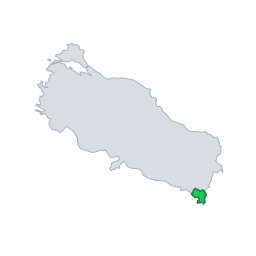 Turkey, with Hakkari highlighted, rotated 31°
{"feature_id": "TUR-3047", "entity_name": "Hakkari", "entity_type": "Province", "adm_level": 1, "iso_a3": "TUR", "parent_name": "Turkey", "parent_adm1": "", "projection": "equal_earth", "projection_center": [44.217, 37.441], "detail": "fine", "context": "in_parent", "style": "filled", "palette": "green", "viewbox_px": 256, "rotation_deg": 31, "n_neighbors": 0, "source": "natural_earth", "source_scale": "10m", "svg_char_len": 5165}
<svg xmlns="http://www.w3.org/2000/svg" viewBox="0 0 256 256"><g transform="rotate(31 128 128)"><path d="M196.5,90.9L199.9,92.1L201.0,91.2L204.0,91.4L206.8,92.0L208.3,90.1L210.3,90.3L210.6,91.3L211.6,91.6L214.4,94.2L214.1,94.5L214.8,95.4L217.2,96.0L217.5,97.3L219.4,99.3L220.3,102.2L219.7,104.3L218.7,105.6L220.2,110.1L219.7,110.7L222.7,112.2L226.5,111.9L227.7,112.6L231.3,116.1L232.3,117.5L229.7,115.8L228.3,117.3L227.6,120.8L223.6,121.4L224.2,123.7L225.3,124.8L224.9,127.0L225.2,127.8L226.3,129.3L226.1,131.2L226.6,133.3L226.6,135.8L228.3,136.5L227.5,137.7L225.6,142.7L225.8,143.1L227.0,143.2L229.8,145.6L229.3,146.4L229.7,149.6L232.1,151.7L231.7,152.8L231.8,153.9L230.0,153.4L226.4,156.3L226.0,156.2L225.5,155.2L225.4,152.3L224.6,151.6L223.4,151.4L221.5,152.7L219.7,152.7L217.9,152.4L213.3,150.6L211.5,151.2L209.7,150.5L206.2,154.1L205.1,154.4L204.6,152.6L203.4,151.6L201.8,153.0L195.7,154.7L193.0,155.0L189.6,154.4L186.8,154.6L179.0,158.5L171.7,160.7L165.1,160.5L161.6,158.0L158.8,157.4L150.3,161.2L146.2,161.1L144.9,159.5L141.7,158.9L141.0,160.4L140.2,164.0L141.2,167.2L139.4,167.4L138.3,168.2L137.9,170.6L136.2,171.6L135.6,173.2L135.4,173.2L132.8,171.9L133.5,170.7L132.1,166.1L132.9,164.7L136.4,161.0L136.4,158.8L135.0,157.3L130.6,160.0L130.2,161.1L129.2,161.9L127.6,162.2L120.0,158.7L115.4,161.8L111.4,166.3L108.4,168.0L99.8,169.3L98.3,170.2L95.4,169.2L93.7,168.0L90.0,162.8L82.8,158.9L75.0,158.0L74.2,159.0L73.7,162.9L72.3,166.7L71.6,167.1L69.9,166.2L63.7,168.4L58.7,165.9L57.9,164.8L57.0,160.5L56.3,160.2L55.4,160.8L54.5,160.8L50.9,158.9L48.9,158.7L47.6,160.6L45.6,161.4L45.6,160.8L46.4,159.6L43.3,159.9L41.6,160.8L39.4,160.2L39.6,159.7L41.4,159.1L45.7,158.5L48.5,155.6L38.6,155.7L37.6,156.3L37.5,154.8L38.1,154.1L40.8,153.6L40.7,152.3L39.2,151.0L37.5,150.3L37.0,147.2L36.2,146.4L36.3,145.9L38.0,145.4L38.5,143.1L38.3,141.7L35.2,140.5L34.5,140.6L33.8,139.4L32.5,138.5L31.3,139.2L28.3,137.4L29.0,136.0L29.8,136.0L30.0,135.0L29.5,133.2L29.6,132.3L30.4,132.1L31.1,132.2L31.9,133.3L31.8,135.3L32.6,136.5L33.3,135.3L34.7,136.0L37.3,135.3L37.9,134.8L36.0,134.9L35.3,134.4L34.0,131.1L35.7,130.1L36.9,128.5L34.8,127.5L35.4,125.2L33.8,122.7L36.5,119.4L36.4,119.0L35.7,118.8L27.8,120.2L27.8,118.7L28.4,117.4L28.7,114.3L29.1,112.7L30.6,112.2L32.6,109.7L35.7,106.8L38.7,106.8L39.9,106.0L41.7,106.0L42.1,107.1L43.6,107.9L46.4,107.8L47.8,107.1L46.6,105.6L48.2,105.2L49.4,105.5L48.6,107.1L49.0,107.2L52.6,106.7L56.2,107.1L60.4,106.9L60.9,106.4L58.1,104.9L60.1,103.5L61.1,103.2L69.8,102.0L69.9,101.7L64.7,101.0L62.1,99.1L61.4,98.1L62.1,95.7L62.8,95.1L64.6,95.0L71.0,96.1L75.7,95.5L80.6,97.0L85.4,96.7L86.5,96.0L87.8,93.7L94.8,89.9L97.3,87.9L108.1,84.1L123.8,84.7L126.7,83.2L128.2,83.7L127.7,84.7L127.8,85.7L129.6,87.9L132.3,89.3L136.3,88.2L137.7,88.6L138.9,92.2L141.3,94.4L142.4,94.5L143.9,93.3L145.3,93.1L147.6,94.3L148.4,95.6L155.9,97.1L157.4,98.2L162.5,99.3L173.9,96.7L178.0,98.5L181.4,99.1L182.9,98.8L187.5,96.7L189.0,95.6L191.8,94.6L195.4,92.3L196.5,90.9ZM51.4,84.6L50.9,86.2L51.5,87.9L52.9,90.4L54.4,91.6L61.8,95.0L60.5,98.1L58.5,98.6L52.0,97.1L49.3,98.4L47.4,98.1L44.6,98.6L43.7,100.5L41.7,102.7L36.2,105.4L30.9,110.7L29.5,111.4L30.3,109.6L30.3,108.0L32.6,106.2L35.7,104.7L36.6,103.6L29.1,103.8L28.5,102.1L29.3,101.8L32.0,98.9L32.3,97.7L32.3,94.9L35.4,93.2L35.7,92.6L35.5,89.7L32.8,88.1L33.0,87.3L35.0,86.6L36.3,84.6L39.2,84.2L40.7,83.3L43.2,82.8L46.1,85.2L49.9,84.3L51.4,84.6ZM27.0,110.6L24.5,111.0L23.7,110.6L24.6,109.7L26.6,109.1L27.2,110.0L27.0,110.6Z" fill="#d9dde1" stroke="#a8b0b8" stroke-width="1"/><path d="M217.5,152.4L217.4,152.3L216.8,151.9L216.4,151.7L216.2,151.5L216.4,151.2L216.7,150.5L216.8,149.2L216.4,148.2L216.2,147.4L216.5,146.6L216.5,145.3L218.0,145.2L219.5,145.0L219.8,144.8L220.1,144.7L220.6,144.8L221.0,145.0L221.7,145.0L222.5,144.8L223.1,144.4L223.3,143.6L223.8,142.8L224.6,142.6L225.6,142.8L225.7,143.2L226.1,143.3L226.8,143.2L227.0,143.2L227.4,143.4L227.5,143.5L227.6,143.8L227.6,144.0L227.8,144.2L228.0,144.1L228.1,144.3L228.1,144.5L228.1,144.8L228.3,144.8L228.5,144.7L228.9,144.6L229.2,144.7L229.5,145.0L229.9,145.5L229.8,145.8L229.4,146.2L229.3,146.3L229.3,146.7L229.5,147.0L229.8,147.2L229.8,147.4L229.7,147.7L229.6,148.1L229.6,148.5L229.7,148.8L229.7,149.0L229.6,149.4L229.6,149.7L229.8,149.8L230.2,149.8L230.4,149.9L230.5,150.4L230.6,150.5L231.0,150.4L231.1,150.6L231.2,150.8L231.3,151.0L231.9,151.4L232.2,151.7L232.1,152.2L232.0,152.4L231.9,152.4L231.7,152.6L231.6,152.8L231.7,153.1L231.8,153.4L231.9,153.6L231.8,153.9L231.7,153.7L231.4,153.5L230.3,153.4L230.1,153.4L229.7,153.5L229.3,153.9L228.9,154.3L228.6,154.6L228.3,154.9L228.0,155.0L227.1,155.4L227.0,155.5L227.0,155.8L226.8,156.1L226.7,156.3L226.0,156.3L225.9,156.2L225.4,155.0L225.3,154.7L225.3,154.4L225.4,154.1L225.6,153.8L225.7,153.7L225.8,153.7L226.0,153.7L226.1,153.4L226.1,153.2L226.0,152.9L225.9,152.5L225.8,152.3L225.6,152.1L225.3,151.9L224.3,151.4L224.1,151.4L223.7,151.3L223.2,151.4L222.8,151.8L222.5,152.3L222.1,152.7L221.5,152.8L221.3,153.0L221.2,153.1L220.9,152.8L220.8,152.7L220.5,152.6L220.2,152.6L219.1,152.7L218.8,152.6L218.5,152.5L218.3,152.3L218.2,152.3L217.9,152.3L217.7,152.4L217.5,152.4Z" fill="#22c55e" stroke="#15803d" stroke-width="1.5"/></g></svg>